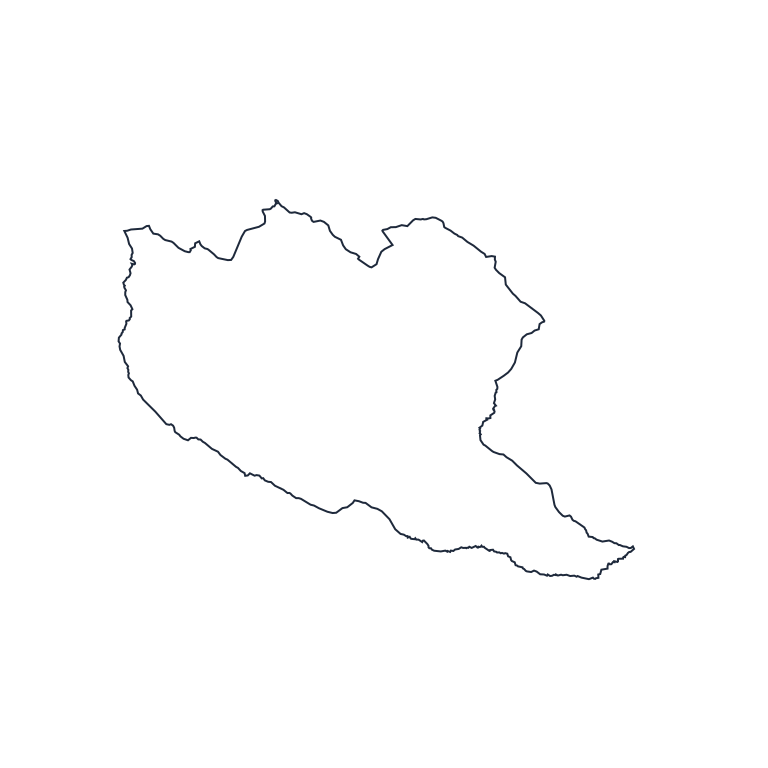 the district of Tuek Phos, Kâmpóng Chhnang, Cambodia, rotated 309°
{"feature_id": "14789045B78465140350357", "entity_name": "Tuek Phos", "entity_type": "district", "adm_level": 2, "iso_a3": "KHM", "parent_name": "Cambodia", "parent_adm1": "Kâmpóng Chhnang", "projection": "equal_earth", "projection_center": [104.364, 12.056], "detail": "fine", "context": "isolated", "style": "outline", "palette": "slate", "viewbox_px": 768, "rotation_deg": 309, "n_neighbors": 0, "source": "geoboundaries", "source_scale": "gbopen_adm2", "svg_char_len": 6159}
<svg xmlns="http://www.w3.org/2000/svg" viewBox="0 0 768 768"><g transform="rotate(309 384 384)"><path d="M339.5,85.9L336.3,92.7L332.4,97.8L330.7,102.9L327.7,106.2L325.5,106.6L323.8,108.1L321.5,108.4L321.4,109.5L322.1,112.3L321.4,114.4L320.6,114.9L319.8,114.6L318.7,112.3L318.2,113.5L316.5,114.1L312.8,114.2L310.6,117.3L308.6,118.1L306.3,118.3L304.8,117.3L302.4,117.9L298.7,117.6L297.4,119.5L297.3,120.7L296.1,120.8L295.4,121.8L294.4,124.5L292.6,125.1L290.3,126.9L287.9,131.6L286.3,133.1L285.7,137.5L283.8,141.4L282.0,141.2L277.3,145.1L275.2,144.9L274.3,145.7L272.8,145.7L271.0,144.1L270.4,144.2L268.7,145.9L264.4,147.2L263.2,148.1L261.6,147.2L259.8,148.3L258.2,148.2L257.1,148.9L253.2,148.8L250.1,150.9L249.3,153.4L246.8,154.8L244.5,157.5L242.0,163.9L238.0,168.7L236.7,174.0L234.9,174.6L234.2,176.3L232.4,177.6L231.8,179.0L230.1,179.6L228.3,181.4L227.7,184.9L227.9,187.1L225.6,191.2L224.2,195.7L221.9,198.8L222.0,202.3L220.3,206.6L218.6,223.7L215.8,240.1L217.2,242.9L218.7,243.8L218.9,246.3L218.0,248.4L215.8,250.8L215.2,252.1L215.7,256.8L215.2,258.7L215.3,262.7L216.9,267.1L220.7,267.9L222.3,270.2L223.6,271.1L224.3,272.1L224.1,274.6L225.4,276.4L225.1,279.6L225.5,281.9L225.3,291.1L226.9,297.6L225.9,301.6L226.1,307.8L226.7,309.9L226.5,321.2L226.9,323.3L226.3,327.5L227.0,331.7L225.3,333.9L227.2,335.7L230.2,336.0L231.3,341.1L233.0,342.3L234.4,344.8L233.7,348.4L234.8,349.4L234.1,352.0L235.1,355.5L236.7,357.9L236.3,363.3L238.5,372.4L238.5,377.6L239.8,379.0L240.0,380.2L239.6,383.0L240.0,387.5L241.6,389.5L242.5,391.7L244.0,402.9L245.5,406.1L246.5,411.6L249.1,420.4L251.4,425.3L253.9,427.9L261.4,429.8L265.1,433.0L271.9,434.6L275.0,434.3L277.1,438.2L278.5,442.4L280.0,444.5L280.3,451.9L282.8,457.4L283.7,462.4L282.4,473.3L278.2,484.1L277.9,491.2L279.4,494.2L279.7,497.0L280.6,498.0L279.6,499.1L281.4,500.1L280.7,502.1L281.0,502.9L282.7,505.5L283.8,505.4L283.4,507.0L284.8,508.8L285.2,513.2L286.7,512.8L287.5,513.5L286.9,518.5L286.2,520.5L285.1,521.4L284.9,522.6L285.9,523.9L285.4,525.5L286.0,527.9L289.6,533.5L293.1,536.5L293.5,538.6L294.2,538.4L295.1,541.1L296.6,540.8L297.9,543.0L300.1,543.4L302.8,545.8L305.7,546.8L306.4,548.7L308.1,550.6L308.2,551.3L309.2,551.7L309.7,552.6L311.2,552.7L311.8,555.3L315.8,557.2L315.7,559.6L316.2,560.1L317.0,559.8L317.6,561.1L318.4,561.5L319.7,561.5L319.3,562.8L320.4,564.2L320.1,565.1L320.6,570.8L320.8,571.2L321.7,570.9L323.8,573.0L323.2,574.9L324.3,577.0L324.2,577.9L325.7,579.6L325.9,581.2L327.0,582.0L327.7,584.0L328.8,584.6L329.7,586.6L328.2,588.9L328.9,591.3L327.2,593.5L326.9,594.8L327.7,597.8L326.0,600.3L326.7,601.8L326.6,602.9L328.7,607.0L328.1,607.9L328.4,609.4L328.0,611.7L328.3,613.0L330.5,616.7L333.4,618.0L334.3,620.7L334.4,625.1L336.7,628.3L337.6,631.3L339.0,631.1L339.3,633.9L340.7,635.3L342.6,636.1L343.7,637.9L344.2,637.6L344.6,639.7L347.2,641.6L347.9,643.3L350.7,646.0L351.9,649.5L354.8,652.5L355.5,655.0L356.6,655.3L357.8,659.3L361.3,666.1L365.0,668.2L364.8,669.6L365.5,670.8L366.5,671.0L368.3,672.6L370.8,670.4L372.4,671.6L376.5,669.8L381.2,673.9L383.2,672.3L385.6,671.4L386.1,671.8L386.0,673.0L387.1,674.1L389.7,674.0L390.5,675.2L391.2,674.5L392.6,677.4L393.4,677.5L395.2,676.0L395.7,676.2L398.7,679.7L399.8,679.0L400.5,679.1L401.2,680.3L402.4,679.5L403.7,680.1L406.3,679.9L407.8,680.3L408.7,681.3L413.2,682.1L414.4,679.6L411.9,679.0L410.7,677.7L410.1,674.9L408.2,671.8L407.3,668.6L406.6,667.8L406.5,664.9L405.3,663.2L405.0,660.6L404.0,657.4L399.0,652.9L396.8,647.2L396.7,644.7L396.1,643.9L396.4,642.5L394.2,639.1L395.8,636.4L396.0,635.0L397.5,633.1L397.7,631.8L398.6,630.1L397.8,619.2L397.1,617.6L397.1,615.9L398.6,612.8L398.6,610.9L394.8,608.0L394.1,605.8L394.6,600.6L396.2,594.6L397.4,592.5L407.5,580.5L409.4,576.6L409.7,573.8L409.2,572.6L404.6,567.7L402.7,564.1L404.1,551.0L404.4,538.5L405.1,531.9L404.2,525.3L404.4,521.2L402.2,517.9L400.1,511.9L399.9,510.1L399.9,501.4L399.5,499.6L401.1,494.3L404.6,490.8L405.7,490.9L405.9,489.5L406.3,489.6L407.1,488.5L408.0,488.3L408.5,487.0L409.8,486.8L410.0,485.7L413.6,486.6L417.0,484.9L421.0,486.6L421.2,485.5L421.8,485.1L423.0,486.9L424.5,488.1L426.5,486.4L431.0,487.8L432.4,487.1L432.9,485.2L433.5,485.3L433.7,484.3L436.7,484.1L437.6,484.6L438.3,481.5L442.0,480.1L444.4,477.5L447.6,476.2L448.3,476.6L450.1,475.0L451.5,475.1L453.1,474.0L456.6,468.5L458.8,469.7L465.8,471.9L471.0,473.2L475.8,473.4L483.1,472.2L492.4,467.8L499.7,466.9L505.1,463.0L507.6,462.6L512.5,463.7L516.5,466.6L520.3,467.4L523.9,469.8L528.5,467.2L531.4,468.0L533.3,469.2L534.0,468.8L536.0,462.8L536.1,458.9L535.5,442.8L533.9,438.4L535.2,430.8L535.3,427.3L537.9,416.1L543.1,410.9L542.7,403.7L543.2,399.2L544.0,396.8L549.3,393.9L550.5,391.8L552.8,390.1L551.2,387.2L547.0,383.4L548.4,380.3L547.9,376.2L547.9,366.6L546.9,359.4L547.0,352.6L545.6,348.6L545.9,347.1L545.2,344.1L545.1,339.2L543.9,333.3L543.9,332.0L546.4,329.0L547.1,327.3L547.0,325.9L545.7,319.6L543.9,316.7L538.7,313.2L537.1,311.5L536.8,310.4L535.0,309.0L532.0,304.5L529.5,303.6L521.4,302.8L518.6,297.8L513.4,294.5L510.1,290.6L506.5,289.1L503.2,286.3L502.2,286.2L501.8,286.8L497.4,303.2L489.2,299.6L485.1,298.7L477.2,300.8L472.4,302.8L466.8,300.9L466.0,299.1L465.7,296.8L464.9,286.5L465.0,285.0L467.4,284.7L467.5,280.5L465.3,275.1L464.7,269.5L466.0,265.0L469.0,259.8L467.5,253.2L467.7,250.3L469.0,245.6L472.2,240.9L472.2,235.3L471.0,231.7L465.7,227.3L465.5,225.8L465.9,224.6L466.8,223.1L467.6,222.6L467.7,221.7L467.4,217.1L466.5,214.4L464.0,213.0L461.4,206.7L459.0,204.5L457.9,202.7L458.3,195.1L457.7,192.5L458.5,188.2L459.4,186.2L459.0,184.2L458.3,183.9L457.5,184.8L456.8,187.0L455.9,186.5L453.1,187.0L452.0,185.8L449.1,185.7L447.9,185.2L443.4,180.4L442.7,180.2L441.7,181.2L439.7,185.7L435.5,189.3L433.5,190.1L427.5,187.9L417.5,180.6L415.4,179.7L409.0,180.7L387.9,186.9L384.2,187.1L382.0,184.7L377.5,175.9L377.3,174.0L377.8,170.2L377.9,163.4L377.8,161.9L376.6,159.3L376.5,155.6L377.0,153.5L378.6,150.6L374.5,148.7L371.6,150.7L367.1,148.6L366.3,149.7L364.2,150.0L363.3,148.9L361.8,145.6L360.5,138.6L361.2,131.6L361.0,129.3L358.2,123.4L357.9,121.2L358.4,116.8L358.1,114.2L355.7,110.1L357.2,105.0L359.0,101.8L357.3,100.1L352.7,98.5L344.8,90.1L341.5,88.0L339.5,85.9Z" fill="none" stroke="#1e293b" stroke-width="2"/></g></svg>